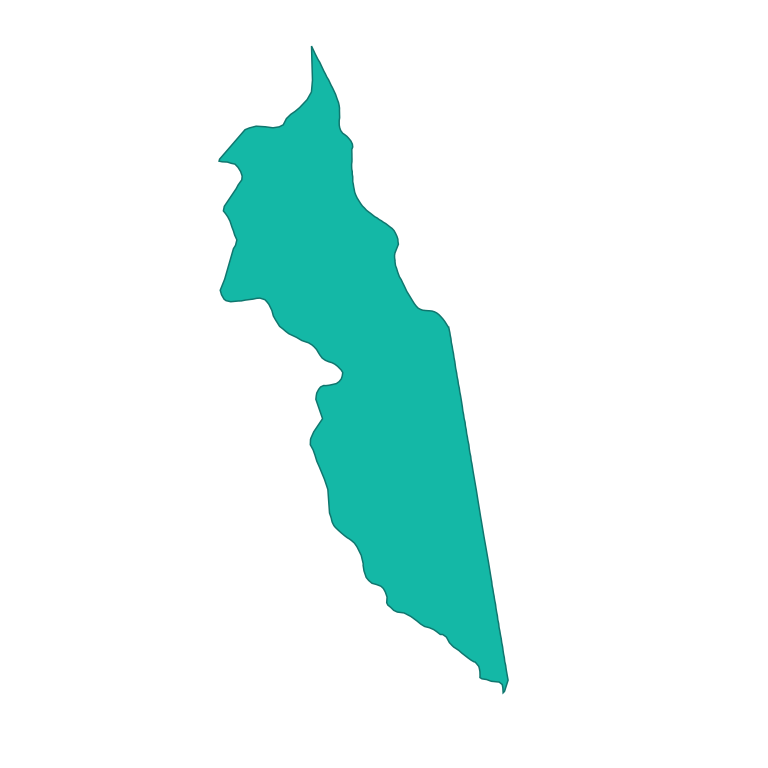 Bayanga, Sangha-Mbaéré, Central African Republic, rotated 328°
{"feature_id": "33826404B5322507148284", "entity_name": "Bayanga", "entity_type": "district", "adm_level": 2, "iso_a3": "CAF", "parent_name": "Central African Republic", "parent_adm1": "Sangha-Mbaéré", "projection": "robinson", "projection_center": [16.329, 2.823], "detail": "fine", "context": "isolated", "style": "filled", "palette": "teal", "viewbox_px": 768, "rotation_deg": 328, "n_neighbors": 0, "source": "geoboundaries", "source_scale": "gbopen_adm2", "svg_char_len": 4819}
<svg xmlns="http://www.w3.org/2000/svg" viewBox="0 0 768 768"><g transform="rotate(328 384 384)"><path d="M269.4,464.6L268.6,468.2L268.1,470.0L267.5,471.6L267.2,472.6L266.9,473.5L266.6,476.0L266.5,477.6L266.6,478.7L266.8,480.0L267.8,484.0L268.4,486.0L269.0,488.1L270.2,491.8L271.4,494.9L271.9,495.9L272.5,497.0L273.5,499.6L274.6,503.2L274.8,507.0L274.8,508.2L273.9,517.2L271.1,525.5L270.2,526.7L268.0,531.9L266.4,538.6L266.9,542.5L268.2,546.6L271.4,550.1L274.2,553.8L275.1,557.1L274.9,561.0L273.7,566.3L270.4,570.9L270.1,573.5L271.3,576.9L272.3,581.1L274.4,584.4L279.7,588.8L283.6,595.4L286.3,602.2L287.9,607.0L288.4,608.0L289.9,611.1L293.4,614.8L296.0,618.6L297.3,621.6L299.0,626.2L301.1,627.6L302.8,631.7L302.4,638.0L303.2,642.1L303.8,644.3L304.5,645.7L306.3,649.7L307.4,653.5L310.0,660.6L311.5,664.3L313.1,667.3L314.0,668.2L314.7,673.3L314.6,674.1L314.5,674.5L314.1,675.8L312.9,678.8L310.9,682.2L309.8,683.8L310.8,685.9L314.4,689.0L317.5,693.0L323.7,697.8L325.0,701.5L323.8,704.6L321.4,709.0L323.1,708.6L323.5,708.4L332.3,700.9L335.5,692.9L336.5,690.5L338.1,687.0L339.3,683.4L341.0,679.9L342.3,676.4L343.9,672.7L344.2,672.1L345.0,670.4L345.5,669.2L346.8,665.7L348.5,662.0L349.1,660.3L349.3,659.8L349.8,658.5L351.3,654.9L352.6,651.4L354.3,647.9L355.6,644.2L357.3,640.7L358.6,637.2L360.1,633.6L361.8,630.0L363.1,626.5L364.6,622.9L364.8,622.6L366.0,619.4L367.6,615.7L368.9,612.2L370.6,608.7L371.8,605.7L378.0,590.9L383.8,576.6L388.1,565.9L394.0,551.7L395.4,548.2L398.4,541.1L401.4,533.9L405.9,523.3L411.7,509.1L413.2,505.4L414.7,501.9L416.2,498.4L417.5,494.8L419.2,491.3L420.5,487.6L422.0,484.1L423.7,480.6L425.0,477.0L425.4,475.9L426.5,473.4L427.8,469.9L429.5,466.3L430.8,462.8L432.5,459.3L433.7,455.6L435.3,452.1L436.6,448.6L438.3,445.0L440.6,439.6L442.8,434.3L444.1,430.8L445.7,427.3L447.0,423.6L448.5,420.3L448.6,420.1L449.9,416.5L451.5,413.0L451.5,412.9L452.8,409.5L452.8,409.4L453.7,407.3L454.4,405.8L454.6,405.4L456.0,402.3L457.3,398.8L459.0,395.1L460.3,391.6L461.8,388.1L463.1,384.5L464.8,381.0L466.1,377.5L467.0,375.5L467.6,373.8L468.9,370.3L468.7,370.3L468.7,366.8L468.7,363.2L468.4,359.9L467.9,357.0L467.3,354.2L466.4,351.8L465.1,349.6L463.5,347.7L461.6,346.2L459.8,344.9L457.9,343.5L457.8,343.4L456.0,342.0L454.5,340.1L453.2,337.9L452.6,335.1L452.3,331.9L452.3,328.2L452.4,321.0L452.4,317.6L452.8,314.4L453.2,311.1L453.5,307.9L453.9,304.7L453.9,301.2L454.5,298.3L455.0,296.0L456.0,292.4L456.5,289.7L458.0,286.4L458.7,285.1L458.8,285.1L459.8,282.7L461.1,280.5L462.7,278.7L470.3,273.1L471.3,270.7L472.5,268.5L473.2,265.7L473.6,262.5L473.8,259.3L473.3,256.4L472.3,253.9L471.4,251.4L470.5,248.9L469.3,246.7L468.3,244.2L467.1,242.1L466.2,239.6L464.9,237.4L464.0,234.9L463.1,232.3L462.1,229.8L461.2,227.3L460.7,224.4L460.0,221.6L459.8,218.4L459.8,214.7L459.8,212.0L460.2,208.7L460.8,205.8L461.8,203.3L462.7,200.9L463.8,198.4L464.7,195.9L466.0,193.8L467.3,191.7L468.3,189.2L469.6,187.1L470.5,184.7L471.8,182.4L473.1,180.3L474.6,178.5L475.9,176.5L477.2,174.3L478.5,172.2L479.8,170.0L481.0,168.0L483.0,166.5L483.2,166.2L484.3,163.8L484.7,160.4L484.3,157.2L483.8,154.4L482.9,151.9L482.4,150.7L481.8,149.4L481.6,146.2L482.2,143.3L483.2,140.8L484.5,138.6L485.8,136.6L487.4,134.8L488.5,133.0L488.7,132.6L489.9,130.6L491.2,128.4L492.5,126.4L493.6,123.9L494.5,121.4L495.1,118.5L495.7,115.7L496.4,112.8L496.8,109.6L497.2,106.3L497.4,104.0L497.4,103.1L497.8,99.9L498.2,96.7L498.2,93.2L498.6,90.0L498.8,86.8L499.2,83.6L499.6,80.3L500.0,77.1L500.0,73.6L500.3,70.4L500.6,67.2L500.9,65.0L501.0,64.0L501.4,60.8L501.6,59.0L484.3,88.5L477.2,97.9L469.5,102.1L458.8,104.9L453.0,105.7L447.9,105.9L441.9,107.2L435.9,110.8L431.4,110.4L425.6,107.9L419.7,103.0L412.2,97.6L405.5,95.5L400.9,94.7L363.7,106.2L362.2,107.6L364.5,109.8L368.8,112.8L371.4,115.9L374.1,118.5L375.0,122.8L375.0,127.9L373.9,132.5L371.6,135.5L365.8,137.9L362.2,140.0L342.7,148.7L339.5,152.1L339.9,155.5L340.1,159.4L339.7,164.3L338.2,170.4L337.4,174.5L336.3,178.5L335.6,183.8L331.6,187.7L328.1,189.4L304.4,210.7L294.8,217.7L293.5,222.2L293.3,227.3L294.2,229.6L297.6,233.0L300.6,234.5L304.4,236.4L307.0,237.9L311.0,239.4L315.1,241.3L317.9,242.6L321.5,243.9L324.3,245.4L327.7,249.4L328.2,252.0L328.6,255.4L327.9,262.2L326.2,267.7L326.0,272.0L326.0,279.8L327.5,283.9L328.6,287.5L329.9,290.9L334.6,298.2L337.3,303.5L339.7,306.5L341.8,309.0L343.6,312.6L344.4,315.2L345.1,319.0L345.0,322.2L345.0,325.4L345.3,329.2L346.8,332.8L348.9,335.8L351.2,338.4L352.8,341.1L354.0,344.3L355.1,349.2L355.1,352.4L352.7,355.2L350.4,357.1L347.2,358.2L343.8,358.4L340.6,357.3L336.9,356.0L333.9,354.6L332.0,353.3L328.6,352.9L325.8,353.9L322.2,356.0L320.2,358.2L318.1,360.9L313.6,380.5L313.2,381.0L299.1,387.3L293.3,391.2L292.2,392.2L289.3,396.5L289.0,402.2L287.8,407.6L286.1,413.9L285.2,420.3L283.0,433.3L280.5,443.7L269.4,464.6Z" fill="#14b8a6" stroke="#0f766e" stroke-width="1.5"/></g></svg>